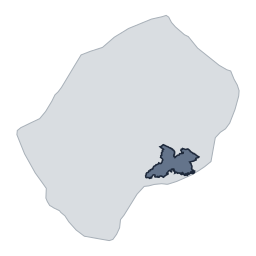 location of Ntsupe, Qacha's Nek, Lesotho
{"feature_id": "5366337B15703644997437", "entity_name": "Ntsupe", "entity_type": "district", "adm_level": 2, "iso_a3": "LSO", "parent_name": "Lesotho", "parent_adm1": "Qacha's Nek", "projection": "orthographic", "projection_center": [28.725, -29.92], "detail": "fine", "context": "in_parent", "style": "filled", "palette": "slate", "viewbox_px": 256, "rotation_deg": 0, "n_neighbors": 0, "source": "geoboundaries", "source_scale": "gbopen_adm2", "svg_char_len": 6639}
<svg xmlns="http://www.w3.org/2000/svg" viewBox="0 0 256 256"><path d="M176.8,181.4L168.3,184.1L167.1,184.3L161.7,183.7L154.4,184.4L148.7,185.9L144.2,186.4L137.0,194.2L124.0,215.2L120.5,219.6L119.6,227.8L116.6,234.3L112.9,239.4L109.3,240.6L98.3,238.7L84.3,236.2L76.1,230.0L68.8,221.8L64.9,215.8L60.9,212.5L59.5,210.7L53.7,207.9L51.6,206.5L49.7,205.5L47.3,201.5L45.9,198.1L46.3,188.4L42.2,182.6L35.2,172.9L30.7,164.8L24.6,153.9L20.8,144.5L16.9,134.7L17.3,130.5L20.9,127.6L31.5,122.5L39.7,118.6L45.6,111.5L51.9,101.1L55.0,94.8L58.1,91.9L61.5,87.4L67.4,77.6L74.0,66.6L81.1,54.9L90.1,51.4L102.5,47.4L114.3,37.2L128.5,28.5L151.4,19.1L162.1,16.7L166.2,15.4L168.7,17.1L171.5,22.5L175.4,26.9L184.4,34.7L188.3,36.6L197.6,48.1L207.5,56.0L219.0,65.2L226.7,69.7L230.7,71.0L234.0,79.1L237.3,85.1L239.1,90.7L238.7,96.1L235.0,109.5L229.7,123.1L225.5,128.8L220.3,132.3L215.3,137.7L213.3,148.6L211.0,161.5L204.5,166.8L199.4,170.2L192.3,174.5L176.8,181.4Z" fill="#d9dde1" stroke="#a8b0b8" stroke-width="1"/><path d="M163.7,177.2L164.4,176.1L165.3,175.8L165.9,175.2L167.5,174.4L168.1,174.0L168.1,173.7L167.9,173.3L167.6,173.4L166.9,173.9L166.7,173.8L166.6,173.4L167.0,172.8L167.8,172.7L168.0,171.7L168.6,170.9L169.0,170.8L169.4,170.5L169.6,170.4L169.9,170.7L170.6,171.4L171.4,171.9L171.6,171.8L171.6,171.4L171.0,170.6L171.0,170.1L171.3,169.3L172.3,169.0L172.7,169.0L173.2,169.4L173.7,169.0L173.9,169.1L173.9,169.6L174.1,169.9L174.0,170.1L173.7,170.2L172.9,170.0L173.3,170.5L173.7,171.0L174.1,171.1L174.5,170.9L174.7,171.0L174.9,171.3L174.6,171.5L174.8,171.9L174.7,172.8L175.0,172.5L175.4,172.7L175.4,173.0L175.7,173.0L176.2,172.4L176.7,172.2L177.5,173.3L177.8,173.2L178.0,172.9L178.8,172.9L179.2,173.3L179.4,173.2L179.6,173.0L180.4,173.3L180.8,173.1L181.0,173.3L180.9,173.8L181.0,174.0L180.9,174.2L181.4,174.5L181.6,174.5L181.6,174.2L181.9,173.7L181.8,173.2L182.1,172.7L182.3,172.5L182.8,172.9L183.0,173.1L182.9,173.4L182.7,173.5L182.4,173.7L182.4,173.8L182.6,174.1L183.1,174.3L183.5,174.1L183.4,173.6L183.5,173.5L184.1,174.2L184.2,174.9L184.3,175.2L184.7,175.4L184.9,175.3L185.3,175.3L185.4,175.0L185.5,174.7L185.4,174.4L185.5,174.2L185.8,174.6L186.2,174.0L186.4,174.1L186.4,174.3L186.4,174.8L186.9,175.1L187.5,175.4L187.6,174.9L188.0,174.5L187.5,174.3L187.1,174.6L187.2,174.0L187.2,173.5L187.5,173.5L187.7,173.1L187.9,173.0L188.0,173.4L188.5,173.7L188.6,173.9L188.6,174.3L189.1,174.2L189.0,173.5L188.6,173.5L188.6,173.2L190.9,173.4L191.1,173.3L191.1,173.1L191.0,172.8L190.6,172.8L190.6,172.0L190.7,171.9L191.0,171.9L191.1,172.6L191.4,172.6L191.5,172.5L191.7,171.8L191.9,171.6L192.2,171.1L192.3,171.2L192.3,171.6L192.1,171.9L191.9,173.2L192.7,173.6L193.3,173.5L193.4,173.3L193.1,173.3L192.9,173.0L192.9,172.4L192.9,172.0L193.2,171.7L193.3,171.2L193.4,171.4L193.3,171.6L193.3,171.8L193.5,172.2L193.8,172.3L194.0,172.6L194.3,172.7L194.5,172.3L194.4,171.7L194.6,171.4L194.7,171.1L194.4,171.0L194.2,171.2L193.6,170.5L193.3,170.8L192.9,170.5L192.9,170.3L192.7,170.2L191.7,169.3L191.8,168.8L191.7,168.8L191.7,168.6L191.5,168.4L191.5,168.1L191.7,167.9L191.9,167.3L192.0,166.9L191.9,166.5L191.9,166.0L191.6,165.8L191.5,165.5L191.5,165.2L191.2,164.7L191.0,163.6L190.3,163.2L190.3,162.8L189.8,162.1L189.7,162.0L190.8,161.7L191.6,161.6L192.2,161.3L192.7,161.3L193.1,161.2L193.9,161.0L194.2,160.8L194.4,160.3L195.2,160.3L195.4,160.1L196.1,160.0L196.2,159.9L196.0,159.4L196.0,159.2L195.7,158.8L195.8,158.3L197.3,157.8L198.0,157.7L198.4,157.5L198.5,157.2L198.8,157.2L199.0,156.9L197.9,156.3L197.2,156.0L196.8,155.5L196.3,155.3L195.9,155.0L195.6,154.4L194.8,154.2L194.3,153.8L194.1,153.5L193.6,153.3L193.2,153.6L192.9,153.2L192.5,153.0L192.1,152.5L191.1,152.0L191.0,151.8L190.6,151.5L190.4,151.5L190.4,151.4L190.2,151.3L190.2,151.0L189.9,150.6L189.4,150.2L189.2,149.9L188.7,149.7L188.4,149.2L187.9,149.1L187.5,149.0L187.4,149.2L187.2,149.2L186.8,149.2L186.4,149.2L186.0,149.5L185.7,149.4L185.0,149.4L184.3,149.0L184.0,149.0L183.6,148.8L183.4,148.8L183.2,148.7L182.6,148.5L182.4,149.3L181.6,149.1L181.2,149.3L181.2,149.8L180.8,150.3L180.9,150.5L181.1,150.7L181.6,151.5L181.7,152.3L181.9,152.7L182.1,152.8L182.4,152.8L183.3,152.5L183.2,153.3L182.8,153.5L182.0,153.4L181.5,153.6L179.7,153.6L179.5,153.8L179.6,154.2L179.3,154.5L179.1,154.9L179.0,155.1L177.6,155.2L177.2,155.4L176.6,156.1L176.0,156.6L175.6,156.6L175.3,156.9L175.2,157.5L174.9,157.6L174.8,157.2L174.9,156.7L174.8,156.3L174.3,156.1L174.2,156.5L173.9,156.5L174.0,156.2L173.7,155.6L173.9,155.4L173.9,154.8L174.2,154.6L174.1,154.4L174.6,153.9L174.4,153.4L174.3,153.1L174.4,152.8L174.6,152.8L174.6,152.6L174.6,152.3L174.7,152.1L174.5,151.9L174.5,151.5L174.4,151.2L173.9,150.8L173.9,150.6L173.8,150.4L173.7,150.4L173.4,150.1L173.1,150.1L172.6,149.2L172.3,149.0L172.1,149.2L171.8,148.7L171.3,148.6L171.2,148.4L171.0,148.2L170.5,148.3L170.2,147.8L169.5,147.8L169.2,147.6L168.8,147.3L168.4,147.2L168.0,146.7L166.4,146.3L165.5,145.6L165.1,145.5L164.8,145.5L164.5,145.2L163.7,144.9L163.5,144.7L163.2,144.8L163.2,145.0L162.6,145.1L162.5,145.4L162.1,145.6L162.0,145.9L161.6,146.0L160.7,146.6L160.1,146.7L160.3,146.9L160.5,147.5L160.9,147.6L161.2,147.5L161.4,147.5L161.9,148.3L162.6,148.5L163.6,149.3L162.9,149.9L162.5,150.0L162.3,150.2L162.3,150.7L162.4,151.1L162.7,151.3L162.3,152.0L161.9,152.2L161.4,153.0L161.6,153.7L161.8,153.8L161.6,154.7L161.7,155.2L161.1,155.3L160.8,155.7L160.7,155.9L160.9,156.7L160.6,157.5L161.3,157.8L161.9,158.5L162.3,158.8L162.5,159.1L162.8,159.8L162.8,160.1L162.5,160.4L162.3,160.7L161.9,162.4L161.6,162.7L161.2,163.4L160.9,163.5L160.7,163.5L160.4,163.4L160.1,163.6L159.5,163.2L158.8,162.9L158.8,163.2L158.5,163.7L158.5,163.9L157.5,164.2L157.2,164.5L156.8,164.7L156.0,164.7L155.6,165.5L155.4,165.7L155.0,165.8L153.9,166.3L153.6,166.6L153.6,167.0L153.2,167.4L153.1,168.3L152.8,169.0L152.6,169.1L152.2,168.8L151.8,169.3L151.7,169.5L150.8,169.6L150.3,169.7L150.3,170.2L149.9,170.9L148.7,171.0L148.6,171.7L148.3,172.4L147.8,172.4L147.5,172.6L146.8,172.8L146.3,173.4L146.2,173.9L146.3,174.2L146.3,174.5L146.1,174.8L145.9,175.0L145.9,175.5L145.6,175.8L145.9,177.4L146.1,177.4L146.3,177.6L146.5,177.7L147.2,177.6L147.5,177.4L148.5,177.6L149.2,178.0L149.5,178.4L149.8,178.4L150.1,178.3L150.3,178.2L150.2,177.4L150.4,177.3L150.9,177.6L151.2,178.0L151.6,177.9L151.7,177.6L151.6,177.2L151.8,176.8L152.0,176.4L152.6,175.8L153.0,175.1L153.4,174.8L154.0,174.8L154.7,175.0L154.9,175.0L155.0,175.4L155.0,176.2L154.8,176.6L155.1,177.0L156.1,177.0L157.2,176.9L157.5,176.4L157.8,176.4L157.9,177.2L158.1,177.3L158.9,177.1L159.1,177.2L159.5,176.8L159.5,176.6L159.8,176.2L160.3,176.1L161.0,175.9L161.6,176.3L162.0,176.2L162.2,176.3L163.3,177.3L163.7,177.2Z" fill="#64748b" stroke="#1e293b" stroke-width="1.5"/></svg>